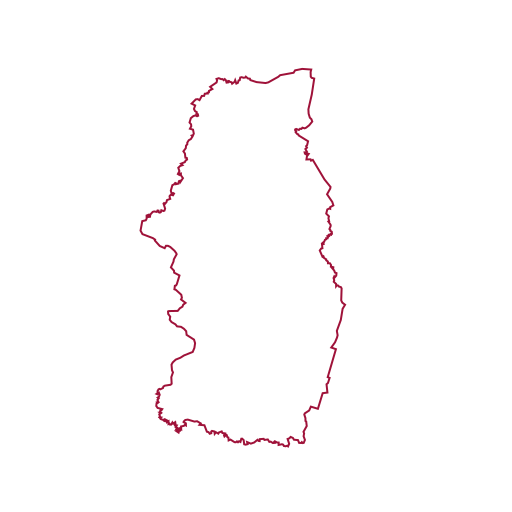 the district of Khlong Hoi Khong, Songkhla, Thailand, rotated 114°
{"feature_id": "78962969B91518300065155", "entity_name": "Khlong Hoi Khong", "entity_type": "district", "adm_level": 2, "iso_a3": "THA", "parent_name": "Thailand", "parent_adm1": "Songkhla", "projection": "orthographic", "projection_center": [100.352, 6.859], "detail": "fine", "context": "isolated", "style": "outline", "palette": "rose", "viewbox_px": 512, "rotation_deg": 114, "n_neighbors": 0, "source": "geoboundaries", "source_scale": "gbopen_adm2", "svg_char_len": 6143}
<svg xmlns="http://www.w3.org/2000/svg" viewBox="0 0 512 512"><g transform="rotate(114 256 256)"><path d="M70.2,275.0L70.6,277.6L69.9,278.9L65.8,280.9L63.2,281.4L66.3,289.9L70.5,295.8L73.3,296.2L81.0,307.5L83.2,308.5L92.4,315.4L94.1,317.6L96.9,326.2L97.6,332.7L96.5,333.7L97.1,335.5L96.3,338.2L97.2,338.3L98.2,339.8L98.5,341.9L99.4,343.0L102.0,342.4L102.7,343.3L105.2,343.0L106.5,344.1L103.9,346.5L105.6,346.4L108.3,347.9L107.2,349.0L107.6,350.8L107.1,351.7L107.4,352.7L108.3,352.9L108.9,352.3L109.6,353.4L107.7,355.0L107.1,356.5L108.5,357.0L108.0,358.5L108.6,359.7L108.7,362.3L110.3,364.1L111.4,363.0L113.5,362.6L120.1,366.7L121.2,363.8L124.3,366.1L125.6,365.6L126.5,366.7L127.2,366.2L128.6,368.8L130.8,368.5L131.8,370.6L136.6,371.0L136.4,373.0L137.4,374.7L143.0,376.8L143.2,372.8L146.9,372.5L148.4,370.7L148.7,368.6L150.2,368.3L150.1,366.8L151.4,365.9L152.3,366.7L152.2,368.5L153.6,370.1L156.6,371.6L161.1,371.0L162.1,368.9L163.8,367.9L166.6,368.1L166.2,364.9L169.5,362.6L171.1,362.6L172.1,363.7L172.6,362.6L175.7,363.1L177.6,364.5L180.4,364.9L181.9,364.2L183.6,364.8L186.1,364.0L189.9,364.9L191.3,362.6L194.9,360.5L194.6,359.1L195.9,358.2L197.4,359.1L199.2,359.2L202.2,362.1L202.9,360.1L204.6,361.9L207.0,362.9L209.6,360.5L212.9,360.7L213.1,359.2L211.7,359.2L211.1,358.2L212.8,357.4L214.6,354.4L219.2,355.2L218.1,355.9L218.9,356.8L221.6,356.5L222.9,358.3L222.1,358.7L222.1,359.5L224.1,360.1L225.3,361.2L231.0,360.4L233.5,358.3L232.2,357.4L232.3,356.3L234.3,356.5L234.6,358.6L236.0,359.3L237.0,359.1L238.7,357.6L241.2,360.1L243.1,359.7L245.2,360.3L245.0,361.5L245.7,361.8L249.7,358.3L251.8,358.1L252.6,358.9L252.7,361.1L254.7,360.8L255.5,361.5L255.6,362.5L254.2,363.5L254.5,364.5L256.1,364.6L256.7,367.1L257.7,368.3L261.1,369.4L263.3,368.8L264.0,370.0L262.1,371.0L263.5,372.4L266.3,371.1L268.2,371.2L270.4,374.1L279.8,371.8L282.2,368.6L281.6,357.5L282.1,354.8L283.0,354.7L286.0,348.0L286.0,342.6L283.3,342.4L282.5,340.5L282.6,338.0L284.4,332.5L286.0,329.8L286.7,329.2L292.4,329.7L294.7,329.1L301.0,329.1L302.8,324.9L304.5,324.0L304.9,318.0L313.7,316.9L315.3,317.0L316.2,318.0L319.6,317.0L319.5,315.5L321.8,308.5L324.3,306.7L326.2,306.8L327.5,301.3L330.1,302.7L332.2,302.6L334.7,304.3L338.0,305.2L341.7,313.1L342.4,313.8L344.7,312.6L346.3,309.7L349.3,308.9L350.7,306.3L351.2,301.8L352.4,299.5L351.2,295.7L351.8,292.2L353.1,289.2L356.3,287.3L357.6,278.6L360.4,276.2L365.0,274.9L369.4,274.8L376.1,281.3L379.7,283.7L383.3,287.2L387.1,288.8L389.6,289.0L394.5,286.3L396.1,284.5L401.1,284.1L407.0,281.1L408.4,281.7L411.5,286.5L412.9,287.5L414.5,287.3L416.7,289.2L416.7,290.2L417.5,290.8L419.4,291.0L421.5,290.1L422.4,290.7L422.4,289.7L420.5,289.0L422.0,287.5L424.0,287.5L425.3,288.2L425.5,287.0L427.6,287.5L429.1,285.7L429.9,286.9L430.4,286.2L431.1,286.9L433.6,286.1L434.8,284.1L434.0,279.4L435.1,279.6L435.2,280.6L437.1,280.4L437.5,279.4L438.1,280.3L438.4,279.0L440.0,280.0L441.4,278.6L442.5,278.7L442.1,277.1L443.2,277.6L443.7,276.8L443.5,274.1L442.8,273.5L443.9,273.1L444.0,272.2L443.6,271.4L442.3,272.0L442.4,270.2L443.5,270.4L444.2,269.8L442.6,268.7L445.1,267.6L444.3,266.9L445.0,266.0L444.5,264.9L442.1,264.7L442.8,263.8L441.6,262.9L442.5,262.8L443.3,261.7L441.6,261.6L443.3,260.5L443.0,259.5L445.0,259.7L445.0,258.2L446.6,258.4L446.3,256.7L447.4,256.6L448.3,257.7L448.8,254.9L446.7,255.2L446.4,254.2L445.5,254.0L444.8,256.0L443.6,255.1L444.0,254.2L442.2,255.1L440.5,252.8L439.2,252.3L439.3,251.1L437.4,252.0L437.2,254.6L436.6,254.7L434.6,253.9L433.2,251.8L432.3,244.9L430.9,242.6L431.4,238.4L433.2,238.9L431.6,234.3L436.5,229.4L436.2,227.7L437.2,226.0L436.1,224.8L434.6,225.5L433.7,225.1L433.2,222.6L435.2,221.4L433.3,220.9L433.6,218.2L432.3,218.1L430.2,216.0L431.4,214.7L430.7,212.2L432.8,212.3L433.7,211.4L432.0,210.6L431.2,211.2L431.4,210.0L433.1,208.5L433.1,207.4L435.6,206.0L434.1,204.7L434.8,199.9L434.4,198.7L433.1,198.0L433.5,196.7L432.1,196.1L432.2,194.6L428.9,195.1L428.5,194.4L429.2,192.4L432.8,190.2L432.6,188.8L431.3,187.1L429.6,188.4L429.5,184.4L427.1,181.8L423.3,179.9L423.9,178.5L423.6,177.4L421.8,178.1L419.9,174.6L420.6,173.5L418.8,170.6L420.4,168.2L419.6,167.1L420.0,164.5L419.1,162.9L418.4,163.8L417.6,163.5L417.8,160.9L417.2,159.4L419.4,158.5L417.4,155.7L417.3,154.4L418.2,153.3L417.8,151.6L416.6,150.3L416.9,149.3L414.1,149.3L410.3,152.7L408.9,151.3L407.2,150.8L407.2,148.3L408.4,146.6L407.1,142.8L409.2,140.6L408.4,138.6L407.4,138.4L407.9,137.2L407.3,136.4L404.1,136.5L401.3,139.2L398.5,139.9L397.3,141.1L390.7,140.5L386.8,142.8L386.6,143.7L384.0,144.9L381.2,147.4L379.9,147.4L375.5,144.6L371.3,144.6L370.4,137.3L354.2,139.3L351.7,135.2L344.5,139.4L342.7,138.6L337.4,139.2L337.5,141.2L308.6,145.1L309.0,150.0L302.7,148.7L297.6,148.8L295.2,149.2L291.5,151.7L280.0,152.5L269.0,155.4L264.3,154.8L263.5,158.2L261.9,160.1L250.8,164.6L249.9,165.8L250.2,167.9L249.6,168.8L249.8,170.2L251.0,170.5L248.9,171.5L247.9,174.5L246.3,174.7L244.6,176.2L242.8,176.2L243.3,175.3L241.3,174.7L238.9,175.5L239.0,177.2L237.5,178.6L236.0,181.7L235.4,180.6L234.8,180.8L235.2,183.3L233.7,183.8L232.6,185.5L233.4,187.3L231.8,188.1L231.4,190.1L230.5,190.5L230.2,192.9L228.8,194.3L229.7,194.9L225.0,200.0L222.7,199.5L221.9,198.5L218.4,200.5L217.9,199.6L217.5,200.5L216.6,199.7L216.4,200.2L215.0,199.5L213.2,199.6L212.2,198.7L211.2,199.1L210.7,197.8L209.5,197.9L208.9,198.7L208.4,197.8L207.9,198.4L207.1,198.2L207.1,197.1L205.9,197.0L205.9,196.1L205.0,196.4L204.7,195.7L203.0,196.7L202.8,198.4L202.1,198.6L201.5,199.9L198.1,200.0L197.1,200.6L195.1,203.9L194.5,203.3L192.0,205.2L190.1,205.5L188.7,209.1L184.5,209.8L182.8,208.4L182.7,207.4L181.2,208.1L178.3,205.9L175.6,208.3L170.7,216.2L164.2,215.6L162.6,216.0L158.2,224.6L145.1,243.2L146.5,244.5L145.5,245.5L147.3,249.2L144.2,250.0L141.3,249.4L141.5,250.9L142.8,251.5L142.6,252.9L141.6,253.7L140.9,252.1L140.1,251.8L138.2,254.4L136.3,253.5L135.3,254.9L134.0,254.4L130.0,255.1L128.5,266.1L127.7,266.8L127.8,268.0L126.8,270.1L125.7,270.0L125.4,271.2L124.5,271.7L123.6,271.0L123.4,268.1L121.8,267.5L121.4,266.2L119.9,265.8L119.6,263.5L118.4,262.4L115.0,260.6L110.3,259.3L108.5,261.0L107.7,263.1L104.6,265.8L100.7,267.8L85.9,270.7L70.2,275.0Z" fill="none" stroke="#9f1239" stroke-width="2"/></g></svg>